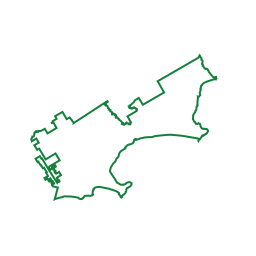 the district of Hope Vale, Queensland, Australia, rotated 54°
{"feature_id": "25037944B25466476596436", "entity_name": "Hope Vale", "entity_type": "district", "adm_level": 2, "iso_a3": "AUS", "parent_name": "Australia", "parent_adm1": "Queensland", "projection": "albers", "projection_center": [145.212, -15.137], "detail": "fine", "context": "isolated", "style": "outline", "palette": "green", "viewbox_px": 256, "rotation_deg": 54, "n_neighbors": 0, "source": "geoboundaries", "source_scale": "gbopen_adm2", "svg_char_len": 5903}
<svg xmlns="http://www.w3.org/2000/svg" viewBox="0 0 256 256"><g transform="rotate(54 128 128)"><path d="M142.6,229.2L143.0,227.5L143.7,225.4L144.7,223.1L145.3,221.9L145.6,220.2L146.9,218.4L149.8,214.5L153.1,211.1L154.8,209.5L155.3,209.2L156.6,209.0L158.0,207.7L158.4,206.9L158.3,206.0L158.0,205.8L158.3,205.0L157.5,203.4L157.5,202.9L159.3,200.0L160.7,198.5L161.0,197.8L161.1,196.6L161.5,196.4L161.5,195.8L161.2,195.4L160.5,195.3L158.7,194.0L158.4,193.5L158.0,193.3L157.7,191.8L157.1,191.8L156.9,191.5L156.8,189.8L157.8,187.3L159.0,185.5L166.5,178.6L167.1,178.4L168.6,177.1L172.2,174.7L173.7,174.0L175.4,173.5L175.9,173.8L175.8,174.1L176.2,174.4L178.1,174.0L179.5,174.5L180.3,174.3L180.4,173.2L179.5,172.6L179.3,172.0L179.4,170.0L178.9,168.0L178.3,167.4L178.1,166.6L177.2,165.7L176.8,165.6L176.0,164.3L176.4,163.4L176.2,162.6L176.5,161.1L176.4,159.8L175.8,158.4L175.3,158.2L174.7,157.6L172.9,158.3L172.3,159.1L171.5,161.4L171.8,162.8L171.7,163.8L171.2,164.6L171.4,164.9L171.0,165.4L170.7,165.4L170.4,166.2L169.6,167.2L168.7,167.7L167.7,167.9L167.2,168.4L166.3,168.6L165.8,169.0L165.3,169.0L161.1,168.5L157.9,168.5L152.8,168.2L151.6,167.3L150.1,165.4L149.4,164.2L148.2,161.1L147.9,159.8L147.9,158.8L147.5,157.8L146.1,155.4L145.7,152.8L143.3,149.8L142.8,148.3L142.6,146.8L142.9,142.3L142.4,142.0L142.6,141.7L142.0,141.3L141.6,138.7L141.8,137.1L142.7,135.5L143.1,133.2L142.7,131.6L141.3,130.1L141.1,129.3L141.1,128.7L141.4,128.3L141.8,128.7L142.4,128.6L143.7,124.1L145.2,120.6L146.9,117.6L149.5,113.9L150.4,111.0L151.6,108.8L155.9,101.4L158.7,97.2L165.9,89.0L177.3,77.8L178.4,77.1L179.3,77.9L179.7,78.7L179.8,78.7L179.0,77.4L179.4,77.2L179.4,76.5L178.6,74.5L178.6,74.0L178.3,73.7L177.8,72.5L178.2,72.5L178.2,72.2L178.6,71.5L178.2,70.6L178.5,70.4L178.7,68.6L178.4,68.4L178.7,67.3L178.2,66.6L177.9,65.6L177.4,64.8L175.1,64.9L174.5,65.4L174.3,66.0L173.1,67.0L173.0,67.8L172.5,68.2L171.2,68.5L170.1,68.5L169.1,68.2L168.2,67.7L166.8,67.4L166.2,68.0L165.6,68.2L165.8,68.5L165.4,69.7L164.4,70.6L163.3,70.3L163.1,70.5L162.6,70.4L161.4,70.8L160.1,70.3L159.0,70.3L156.9,68.4L156.1,68.0L155.1,65.9L154.7,64.4L153.8,63.6L153.6,62.4L152.8,61.5L151.2,60.1L150.9,58.8L150.4,58.6L150.2,58.1L149.5,58.0L148.9,57.3L146.9,55.8L146.6,55.3L145.4,54.5L144.5,53.5L144.5,53.0L144.3,52.8L143.7,52.8L144.2,52.1L143.9,50.4L141.6,49.2L141.4,48.7L141.1,48.5L140.2,47.0L139.6,46.5L139.6,46.8L139.1,46.7L137.5,44.7L136.9,44.3L136.7,43.6L136.9,43.3L136.3,42.0L136.2,39.6L137.2,35.7L138.6,31.4L139.8,28.4L140.3,28.3L139.9,27.4L139.0,27.2L138.4,26.8L137.6,28.8L136.6,29.2L129.7,29.7L128.7,29.1L126.9,29.3L125.9,29.9L126.0,30.4L125.7,30.7L124.2,31.0L122.1,30.7L121.8,30.9L121.7,30.6L119.8,30.0L119.7,30.4L119.4,30.3L118.4,28.8L117.3,28.2L116.9,28.2L116.0,28.5L114.9,27.6L113.6,27.7L112.8,27.5L112.6,27.7L112.0,27.4L111.4,27.4L112.5,29.8L107.6,76.5L120.5,77.9L117.9,102.3L110.0,101.6L109.7,105.8L109.8,106.6L110.5,107.9L110.9,111.8L110.9,113.5L110.7,113.7L110.9,114.1L111.7,114.1L111.5,114.5L111.8,114.8L112.2,114.7L112.4,115.0L112.8,115.0L113.0,114.6L112.7,114.6L113.5,114.1L113.3,113.8L113.8,113.5L114.4,113.8L114.5,113.6L114.7,113.1L114.5,112.2L115.0,111.7L114.8,111.3L114.8,111.0L115.4,110.7L115.6,110.9L116.1,110.3L116.7,110.3L117.3,109.8L118.0,109.7L118.1,109.9L118.0,110.4L118.4,110.5L118.7,110.3L119.3,110.9L118.3,121.6L125.1,122.3L125.1,123.4L126.1,123.4L126.3,124.1L125.7,124.5L125.7,125.0L125.4,125.3L124.5,125.4L123.6,125.9L122.8,125.9L122.8,126.4L123.3,126.6L123.1,126.9L123.3,127.4L122.9,127.6L122.7,128.1L123.1,129.3L122.6,129.7L121.8,129.7L121.4,130.5L121.2,130.6L120.9,130.2L120.7,129.4L120.2,129.8L120.0,129.6L117.9,129.6L116.2,130.4L115.4,130.1L114.5,130.6L113.4,130.3L113.2,130.5L113.4,130.8L112.6,131.3L112.6,131.7L112.3,131.8L111.7,131.3L111.7,130.6L111.1,130.6L110.9,130.2L110.4,130.2L109.8,131.1L109.3,130.9L109.0,130.5L108.8,130.5L107.9,131.5L107.9,131.9L108.1,132.4L107.7,132.9L106.5,132.2L106.5,131.6L105.8,131.6L105.5,132.0L104.3,132.0L104.1,132.5L103.7,132.4L103.0,131.7L102.0,132.6L101.8,132.2L101.3,132.0L101.0,132.3L100.3,132.1L99.9,132.5L98.3,131.7L97.9,132.0L97.1,132.0L96.8,132.6L96.5,132.4L96.5,132.0L96.1,131.8L95.9,132.0L95.7,133.0L94.9,133.2L94.7,132.6L94.7,131.4L94.4,130.6L94.9,129.9L95.0,129.1L94.8,128.9L94.1,128.9L92.1,168.6L91.9,168.3L91.2,168.9L85.2,169.0L84.8,172.4L76.5,171.6L75.6,180.0L78.6,180.4L78.2,184.8L79.1,184.9L79.0,186.6L79.3,186.6L79.5,185.1L86.0,185.8L85.1,196.3L79.7,195.8L79.2,200.3L78.9,200.5L78.2,201.8L77.7,202.2L78.4,202.8L78.3,203.3L76.9,204.0L77.2,204.3L77.3,204.9L76.6,205.2L77.0,206.3L77.0,206.9L77.8,207.2L79.2,208.8L79.4,209.4L78.7,210.4L79.2,210.9L79.9,212.4L80.4,213.0L81.5,213.1L82.2,213.5L82.6,208.4L87.4,208.8L86.9,213.9L92.3,214.3L92.5,212.0L105.0,213.1L106.0,201.6L114.0,202.3L112.9,214.4L113.5,215.2L114.8,215.3L114.7,216.6L102.1,215.5L102.0,216.1L99.0,215.9L98.6,220.9L102.5,221.2L102.5,220.3L106.8,220.6L106.8,220.2L110.6,220.5L110.7,219.3L116.1,219.8L116.0,220.6L119.8,220.9L119.4,225.0L121.4,225.2L121.6,223.0L124.8,223.3L125.5,222.6L122.9,222.4L123.1,220.4L126.2,220.7L126.5,220.2L129.3,220.3L129.5,220.5L129.5,221.1L129.0,221.1L129.0,220.6L128.3,220.7L128.2,220.9L128.4,221.5L127.9,221.7L128.1,221.9L128.1,222.4L129.2,222.6L129.6,223.1L131.1,223.0L135.0,219.8L142.6,229.2ZM121.2,212.8L121.4,213.3L121.8,213.1L122.1,213.2L122.3,213.0L122.7,213.0L123.0,209.6L126.8,209.9L126.4,214.7L126.9,215.0L127.3,214.7L128.0,215.2L128.4,215.1L128.6,215.3L128.7,215.7L129.0,215.5L129.0,215.1L129.7,215.0L129.9,214.5L130.4,214.4L130.8,214.6L131.0,214.9L130.8,215.4L130.3,215.3L130.1,215.9L130.8,215.9L130.4,216.8L130.5,217.3L130.3,217.5L130.0,217.4L130.1,217.5L116.0,216.7L116.4,212.4L115.9,212.6L115.6,212.5L115.3,212.8L115.0,212.4L115.1,211.9L114.5,211.3L114.7,208.9L116.8,209.1L116.5,212.0L116.9,212.7L117.4,212.8L117.4,211.8L117.7,212.0L118.3,212.1L118.7,212.4L120.0,211.8L120.6,212.4L120.5,213.0L121.2,212.8Z" fill="none" stroke="#15803d" stroke-width="2"/></g></svg>